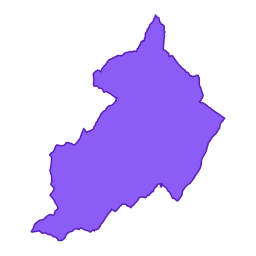 outline of Samacá, Boyacá, Colombia
{"feature_id": "7082276B67984483460404", "entity_name": "Samacá", "entity_type": "district", "adm_level": 2, "iso_a3": "COL", "parent_name": "Colombia", "parent_adm1": "Boyacá", "projection": "equal_earth", "projection_center": [-73.529, 5.479], "detail": "fine", "context": "isolated", "style": "filled", "palette": "violet", "viewbox_px": 256, "rotation_deg": 0, "n_neighbors": 0, "source": "geoboundaries", "source_scale": "gbopen_adm2", "svg_char_len": 5763}
<svg xmlns="http://www.w3.org/2000/svg" viewBox="0 0 256 256"><path d="M164.1,30.8L163.9,29.4L164.3,28.3L164.3,26.3L163.8,26.0L163.5,25.3L162.4,24.6L162.2,24.3L161.3,24.3L160.9,24.0L160.7,23.7L160.5,22.5L159.8,22.1L159.6,21.0L159.1,19.6L159.2,18.8L158.8,18.0L156.9,17.0L156.5,16.1L155.9,15.8L155.5,15.4L155.5,16.0L155.0,16.8L154.9,17.5L154.2,18.5L153.7,18.9L153.2,21.3L151.6,23.0L150.0,24.5L149.7,25.0L149.3,27.4L149.1,27.5L148.9,27.4L148.8,27.5L148.4,28.1L148.4,28.8L148.1,29.3L147.7,29.5L147.4,29.3L147.2,29.4L147.1,30.8L146.3,32.2L145.6,32.9L145.3,33.9L145.5,34.8L145.1,36.8L145.1,37.7L144.4,38.7L144.6,39.7L143.8,40.9L143.0,40.5L142.7,40.7L142.3,41.6L141.9,41.4L141.4,41.5L140.8,42.6L140.8,43.8L139.9,44.7L139.1,46.2L138.5,47.3L138.2,48.3L137.2,48.8L137.3,49.3L137.1,49.9L137.0,50.5L136.4,51.6L136.0,51.3L135.7,51.4L134.4,51.0L134.0,51.2L133.2,51.3L132.0,52.0L130.3,51.5L128.3,52.1L125.4,52.7L123.8,53.7L123.1,54.7L122.1,55.5L121.6,55.7L119.9,55.7L118.3,55.5L117.7,55.5L111.9,58.6L109.9,59.4L108.7,60.2L107.5,61.7L105.9,64.3L104.2,65.9L102.6,67.9L101.6,69.6L101.1,71.7L98.6,70.2L97.6,70.2L95.6,71.3L93.9,73.0L93.2,74.6L93.7,78.1L94.0,79.2L93.9,80.7L93.5,82.7L93.5,84.0L93.7,85.7L94.6,85.9L95.0,86.3L96.4,85.9L97.1,85.9L98.3,87.0L99.0,88.1L99.8,88.5L100.8,88.3L101.2,88.4L102.1,88.8L102.4,89.1L103.6,91.8L103.9,92.2L104.5,92.2L105.8,91.5L106.4,91.5L108.0,92.7L108.8,92.7L109.8,93.3L116.2,98.1L116.9,98.1L116.2,99.2L115.8,100.5L115.7,100.8L115.9,101.3L115.4,101.4L115.1,101.7L114.1,103.0L113.4,103.7L113.0,104.3L112.3,105.0L109.3,105.8L108.6,106.0L108.0,106.5L106.4,108.5L105.6,110.2L105.1,110.6L104.2,110.9L103.5,111.3L101.1,113.9L100.8,114.3L100.1,116.2L99.1,118.0L97.9,119.5L97.6,120.6L97.3,121.2L96.0,122.8L95.4,125.1L94.3,126.3L94.0,126.9L93.6,128.1L93.6,129.0L89.9,131.0L88.0,131.4L86.3,132.5L84.8,129.7L83.8,128.7L83.4,129.4L82.2,132.3L81.0,135.4L80.2,137.9L79.7,138.9L76.2,143.4L74.6,144.6L73.4,145.0L72.8,144.7L72.0,143.8L71.6,143.5L70.9,143.5L68.2,142.6L66.4,142.5L65.1,144.3L64.6,145.1L63.6,145.5L61.1,145.7L58.8,145.4L57.5,144.9L56.8,145.0L56.0,145.6L54.5,149.1L53.9,150.7L53.6,151.4L51.0,153.2L49.9,154.4L49.7,155.0L51.1,156.5L51.6,157.4L51.7,157.8L51.2,164.1L50.3,169.1L49.9,170.3L51.5,175.8L51.8,178.4L51.6,180.7L52.3,181.1L52.1,181.5L51.3,182.6L50.9,184.3L52.5,186.4L54.3,187.9L53.7,189.9L53.1,191.0L52.1,192.6L50.6,194.0L50.1,195.2L51.1,196.5L51.8,197.0L52.8,198.6L54.0,200.0L55.4,203.2L56.7,205.0L57.7,206.8L57.8,208.0L57.2,209.3L55.4,210.7L55.0,211.4L54.2,214.5L53.5,215.1L52.9,215.2L50.0,214.5L49.5,214.6L48.0,215.6L46.5,216.3L45.3,217.8L43.8,219.1L42.3,219.9L40.0,220.1L38.3,221.2L34.8,224.0L34.6,224.3L33.2,228.6L32.7,229.6L31.8,230.5L31.4,231.6L32.1,232.1L32.5,232.1L34.2,231.6L36.8,231.4L38.2,230.8L38.6,230.8L40.2,231.6L41.2,232.3L42.0,233.2L42.4,233.3L44.2,232.9L45.6,232.9L47.5,234.1L48.5,234.6L50.6,234.7L51.4,235.0L52.7,235.9L53.1,236.7L54.5,236.7L55.3,236.9L56.6,237.8L58.2,239.8L58.3,240.4L60.3,240.6L62.1,240.3L64.4,238.5L65.4,236.8L66.3,234.5L67.5,233.3L68.2,233.0L69.3,232.0L70.3,231.6L71.9,231.5L72.5,231.1L73.8,229.5L74.9,229.2L75.8,228.6L76.2,228.5L78.3,229.4L78.9,229.5L79.4,229.3L80.1,228.3L80.9,227.6L83.3,229.2L86.2,230.3L88.4,230.9L89.5,231.8L90.1,232.0L90.5,232.0L90.8,231.8L92.7,230.1L93.2,229.9L93.5,230.1L93.8,230.6L94.4,230.8L94.7,230.4L95.0,229.8L96.2,229.8L96.9,229.3L97.6,229.2L98.4,228.7L98.8,228.3L100.4,225.8L100.7,224.4L102.0,223.0L102.4,222.7L104.5,219.7L104.7,218.9L105.6,217.5L106.3,216.8L109.0,212.9L111.0,210.8L111.4,209.3L112.6,209.8L113.8,210.8L115.3,211.3L116.5,210.5L120.0,206.2L120.9,205.7L122.4,204.1L122.7,203.9L124.0,204.2L124.8,204.1L126.3,204.5L126.6,204.9L126.9,205.8L127.1,205.9L127.7,205.7L127.9,206.1L129.3,206.5L130.8,207.6L131.0,207.6L131.3,207.0L132.2,205.8L133.5,205.0L134.9,203.5L135.9,202.3L136.8,201.5L137.9,200.1L138.8,198.4L139.9,197.4L141.2,196.8L141.8,197.0L143.6,197.2L144.2,197.6L145.5,197.6L146.1,197.2L146.8,196.0L147.6,195.5L148.7,195.5L149.0,195.2L151.5,192.4L152.4,191.7L152.8,191.7L153.5,191.2L153.6,190.2L155.0,187.2L155.4,187.4L156.4,186.6L156.7,185.5L156.9,185.3L157.2,185.4L157.4,184.5L157.8,184.2L158.9,184.0L160.3,184.1L160.9,183.6L161.1,183.8L161.1,184.1L160.5,185.4L160.4,186.1L160.8,186.7L161.0,186.9L161.5,186.0L161.6,185.6L161.9,185.2L161.8,184.6L162.1,184.0L162.5,184.9L163.0,185.5L163.7,186.1L166.0,187.6L166.7,188.3L168.0,191.0L168.4,191.3L168.9,191.5L170.3,193.3L172.1,197.3L172.7,198.3L174.3,198.5L174.9,198.8L175.2,199.4L176.4,200.2L177.0,200.9L178.0,200.5L178.7,199.8L181.7,195.5L182.1,194.4L182.1,193.3L182.4,191.8L182.9,190.6L185.2,187.0L186.8,185.5L188.5,184.1L189.8,183.6L194.0,178.0L195.2,175.7L197.5,172.8L200.2,168.1L201.2,164.6L201.6,159.9L202.3,158.1L205.7,152.2L208.7,142.2L210.3,140.5L211.6,138.0L212.9,136.4L215.5,134.1L217.5,131.3L217.9,130.3L218.4,129.5L219.2,128.8L219.7,127.8L219.9,125.3L220.3,124.0L221.2,122.5L222.8,120.9L224.6,118.2L222.1,116.7L219.8,114.8L213.5,110.7L213.0,110.1L211.8,109.6L210.9,108.3L208.3,106.9L207.4,105.9L205.3,104.2L204.1,103.8L202.6,102.7L201.0,102.9L199.5,101.7L200.9,100.5L201.8,98.6L202.1,98.3L202.5,97.0L202.9,96.3L203.1,95.2L202.8,94.1L202.1,92.2L201.7,91.6L201.5,90.4L201.2,89.7L200.9,87.9L200.3,87.4L199.4,85.0L199.2,82.4L199.4,81.1L199.2,78.9L199.2,77.8L199.0,77.3L198.4,76.7L198.3,75.7L197.9,75.4L197.4,75.3L196.9,75.4L196.6,75.3L195.6,76.0L193.6,76.3L193.2,76.8L192.7,76.7L191.5,75.8L190.4,76.2L189.7,74.7L188.8,73.8L188.0,72.5L187.6,72.2L187.0,72.4L186.3,72.2L185.3,71.0L185.1,70.1L184.4,69.9L183.7,69.2L182.8,68.7L178.2,63.9L173.8,57.8L172.6,56.0L171.7,55.6L169.0,56.5L168.8,53.8L168.7,53.5L165.9,51.0L163.3,49.3L163.2,48.9L164.2,37.6L164.4,36.5L164.6,35.7L164.2,34.7L164.2,33.8L164.4,33.0L164.9,32.4L164.9,32.0L164.6,31.1L164.1,30.8Z" fill="#8b5cf6" stroke="#5b21b6" stroke-width="1.5"/></svg>